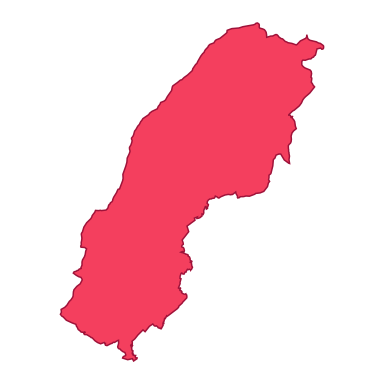 the district of Vatava, Mures, Romania
{"feature_id": "2599482B44944488682244", "entity_name": "Vatava", "entity_type": "district", "adm_level": 2, "iso_a3": "ROU", "parent_name": "Romania", "parent_adm1": "Mures", "projection": "albers", "projection_center": [24.826, 47.007], "detail": "fine", "context": "isolated", "style": "filled", "palette": "rose", "viewbox_px": 384, "rotation_deg": 0, "n_neighbors": 0, "source": "geoboundaries", "source_scale": "gbopen_adm2", "svg_char_len": 5949}
<svg xmlns="http://www.w3.org/2000/svg" viewBox="0 0 384 384"><path d="M137.0,358.7L137.0,357.8L135.9,357.9L135.6,357.5L135.2,356.4L135.6,355.5L133.7,355.4L133.0,354.9L133.5,354.4L133.3,353.9L132.3,353.6L132.4,352.5L133.0,352.0L132.4,350.9L132.7,350.7L132.0,350.1L131.7,349.0L131.8,347.8L131.5,347.4L132.2,346.2L131.2,346.4L130.7,345.4L131.1,344.8L132.2,345.3L132.3,344.6L131.8,344.2L132.3,343.6L132.3,342.2L132.0,341.3L134.9,338.8L137.9,335.0L143.0,329.9L145.1,331.7L149.4,326.3L152.8,324.0L154.4,325.9L155.7,326.1L156.3,325.8L157.7,326.8L158.0,327.6L159.1,328.1L160.1,328.1L160.3,328.6L161.2,328.8L163.1,325.3L162.9,323.9L163.8,323.6L163.8,323.1L163.3,323.1L163.2,322.3L164.0,321.3L164.6,318.4L165.3,318.6L166.6,315.9L167.0,316.4L168.6,315.3L177.4,308.6L178.6,307.2L178.8,306.2L182.1,303.2L182.7,302.2L186.7,298.0L186.9,297.0L186.7,295.0L185.9,294.4L185.8,293.8L185.0,294.2L184.2,294.2L182.3,293.3L181.5,292.3L181.9,291.9L181.8,291.5L181.0,290.7L180.0,290.5L179.7,289.9L180.5,288.7L180.4,288.0L178.8,288.3L178.4,288.0L180.1,283.7L180.0,282.5L181.0,278.8L180.0,278.5L180.1,276.2L181.0,273.6L181.4,273.1L182.0,273.1L182.6,273.9L184.0,274.1L185.1,272.1L186.1,272.0L186.1,271.6L187.4,269.3L188.2,269.7L189.3,269.2L190.3,269.7L190.5,270.1L190.6,269.8L191.4,269.6L192.5,267.2L191.9,266.2L191.4,262.9L190.4,262.2L191.8,261.7L191.9,261.3L190.5,260.5L190.0,259.4L190.1,258.5L189.5,257.0L188.1,256.0L188.2,255.1L186.7,254.2L185.9,254.3L184.6,253.4L183.2,253.0L182.4,252.4L181.7,252.5L180.9,252.2L182.4,251.5L184.0,251.7L184.3,251.2L184.4,250.5L183.9,248.4L183.3,247.5L182.1,247.2L181.7,246.6L182.0,245.3L183.3,244.3L183.2,243.1L182.2,240.0L188.7,231.7L187.0,226.1L195.0,220.2L194.4,218.1L197.2,217.0L196.8,217.8L196.9,218.5L198.6,218.2L199.9,217.7L202.0,216.0L202.1,214.0L203.1,214.5L203.8,212.9L203.7,210.6L205.3,206.6L206.0,206.5L206.4,209.1L207.5,208.4L207.4,207.4L208.2,205.6L208.4,204.6L207.1,203.3L207.4,201.2L207.9,200.8L208.3,200.0L209.8,199.0L211.1,199.0L212.0,198.5L214.3,198.1L214.9,197.3L215.3,196.1L217.0,196.9L218.2,197.9L219.0,198.0L220.7,196.8L225.0,195.0L228.3,194.4L230.9,194.8L231.9,194.4L232.5,194.5L235.7,192.0L236.0,193.6L237.5,196.1L237.4,197.3L237.8,198.0L239.4,197.6L240.3,196.7L243.7,196.6L245.9,196.0L249.5,196.2L254.8,194.2L255.7,193.4L260.1,192.9L263.8,191.4L267.5,186.6L268.4,183.0L269.6,181.4L268.6,179.8L269.0,177.5L269.0,175.2L270.7,173.8L271.0,173.2L272.8,165.9L273.3,160.0L273.6,159.3L274.8,158.3L276.1,155.1L278.9,154.0L280.8,154.1L284.3,160.0L288.7,163.2L289.6,163.5L289.0,159.7L289.5,156.1L289.0,153.6L289.0,152.6L288.6,151.4L288.6,149.5L288.4,148.6L288.3,145.7L289.1,144.4L290.5,143.1L291.1,141.7L291.4,139.3L291.1,136.2L292.0,133.0L293.6,130.9L296.3,128.7L295.4,126.3L294.7,121.6L293.8,119.9L292.2,118.1L292.1,117.7L292.5,116.5L292.1,116.4L291.0,117.2L290.4,115.6L290.0,115.2L288.8,115.2L288.8,114.7L292.6,111.0L294.2,110.2L299.4,105.8L301.5,102.9L302.7,100.1L303.9,98.4L305.4,96.8L309.9,92.9L314.6,86.9L312.8,84.7L312.4,83.6L311.3,82.3L311.8,78.6L311.7,77.9L311.1,77.5L311.0,77.1L311.6,73.6L311.2,71.4L310.1,70.0L305.3,68.1L303.6,67.0L302.2,65.5L301.8,64.6L301.8,61.6L302.5,60.4L303.0,60.1L305.2,60.3L308.9,59.0L310.9,58.9L312.3,57.5L313.5,57.1L314.5,55.6L315.2,55.3L315.5,54.8L317.0,48.9L320.6,48.1L321.7,49.2L322.8,49.1L323.4,48.5L323.6,47.8L323.6,46.1L323.1,45.4L320.4,43.4L318.5,43.0L316.3,41.8L310.0,40.3L308.6,39.4L307.7,38.4L306.8,34.7L306.6,37.0L305.7,38.3L300.4,40.9L297.0,44.5L296.2,44.9L291.9,43.4L287.9,42.7L286.8,42.0L285.3,41.5L282.6,38.9L281.0,38.5L278.7,36.8L278.1,35.8L276.8,34.6L275.5,34.6L272.7,36.0L270.6,36.1L266.7,37.3L266.6,34.9L266.2,32.5L265.7,31.4L264.4,29.7L262.7,28.9L259.7,28.1L259.2,27.0L259.3,25.1L259.1,24.2L257.6,23.0L256.1,23.2L255.0,24.2L253.6,24.8L242.9,26.7L238.9,28.0L231.8,28.6L227.2,30.3L227.0,31.0L227.0,32.4L226.1,33.4L220.0,38.3L216.1,39.9L215.2,40.7L213.9,42.9L210.1,44.3L209.2,45.0L208.3,46.1L207.9,47.1L205.4,49.7L204.3,51.6L204.2,52.3L202.7,53.6L200.8,56.1L197.8,61.4L196.8,63.6L195.7,64.4L192.8,68.7L192.3,70.6L187.6,75.0L184.1,77.5L181.8,79.8L180.4,80.1L177.4,82.6L172.9,85.8L172.3,86.9L171.6,90.5L167.4,96.5L165.5,100.0L163.9,101.2L160.6,102.5L160.4,103.4L159.3,105.2L158.3,106.3L157.3,108.8L151.9,111.4L149.6,113.2L148.8,114.6L142.9,118.6L141.8,120.4L140.7,121.7L139.3,124.5L137.8,126.1L135.9,129.5L134.6,131.1L133.6,134.8L132.9,136.3L131.5,138.1L131.5,138.9L132.1,140.5L131.8,142.3L130.9,145.0L129.5,147.3L129.5,149.1L129.9,150.3L130.0,151.5L129.3,153.6L127.2,158.1L126.9,162.2L125.8,166.1L122.9,174.3L123.1,178.4L122.6,180.8L119.5,189.0L118.2,189.2L117.6,190.1L116.5,192.7L113.7,197.2L112.8,199.4L112.6,200.7L111.9,201.8L110.4,202.8L110.2,203.6L109.0,204.7L108.5,205.7L108.0,207.8L106.8,209.4L105.9,210.1L101.3,210.6L100.3,210.3L98.6,210.6L95.5,210.4L94.8,212.2L92.2,215.6L91.8,217.0L90.8,218.7L86.7,222.7L83.9,227.1L82.4,232.0L81.5,233.3L81.3,234.2L81.9,238.1L81.6,240.8L81.2,242.4L81.3,244.9L80.7,246.1L81.0,247.2L84.7,247.5L86.6,248.9L85.7,251.2L85.2,254.5L84.4,256.8L82.5,260.0L82.0,262.0L82.0,265.1L80.9,267.8L81.1,268.5L79.2,269.1L78.3,270.3L77.1,270.5L76.5,271.1L74.1,271.8L73.3,273.1L76.1,275.2L78.7,276.7L81.0,277.4L82.2,279.6L82.1,280.2L80.2,283.8L76.8,286.4L74.0,289.7L73.4,291.8L73.1,296.1L72.6,297.4L71.0,299.8L69.3,301.4L66.9,305.2L64.7,307.4L61.1,309.4L61.4,312.3L60.4,314.3L61.8,316.1L63.3,317.0L66.3,320.2L72.1,322.9L75.9,324.3L76.5,326.3L77.2,327.2L78.2,329.5L80.4,331.2L80.6,331.7L81.7,332.2L84.6,332.3L84.7,332.0L85.0,332.1L85.1,332.3L83.8,333.4L84.4,334.5L86.8,334.7L90.8,337.1L91.0,337.5L92.3,337.9L94.9,340.7L97.5,342.5L100.6,343.8L104.2,342.5L104.7,343.3L105.4,343.4L105.1,344.3L105.5,345.2L107.0,345.6L111.0,343.6L112.0,343.4L113.3,342.3L114.6,342.4L117.5,340.6L118.5,340.3L118.6,343.4L117.7,346.7L117.9,347.6L118.6,348.6L120.1,349.1L121.0,350.2L122.8,351.6L124.9,352.5L125.8,354.9L125.5,355.6L123.5,356.5L122.8,357.3L122.6,358.1L127.7,359.7L132.4,358.7L133.6,361.0L137.0,358.7Z" fill="#f43f5e" stroke="#9f1239" stroke-width="1.5"/></svg>